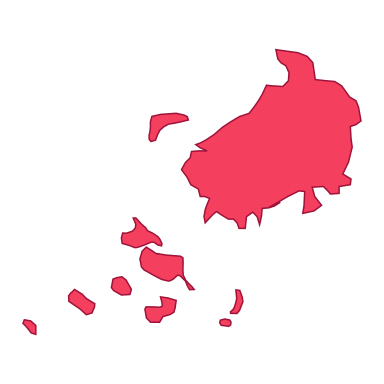 Jindo-gun, South Jeolla, South Korea (Mercator projection)
{"feature_id": "91817680B56099735913612", "entity_name": "Jindo-gun", "entity_type": "district", "adm_level": 2, "iso_a3": "KOR", "parent_name": "South Korea", "parent_adm1": "South Jeolla", "projection": "mercator", "projection_center": [126.119, 34.39], "detail": "fine", "context": "isolated", "style": "filled", "palette": "rose", "viewbox_px": 384, "rotation_deg": 0, "n_neighbors": 0, "source": "geoboundaries", "source_scale": "gbopen_adm2", "svg_char_len": 3039}
<svg xmlns="http://www.w3.org/2000/svg" viewBox="0 0 384 384"><path d="M341.6,85.8L334.7,81.5L326.6,80.8L315.3,79.6L312.8,62.7L307.2,56.4L297.8,52.7L279.6,50.2L275.9,49.6L277.8,58.9L280.9,62.7L285.9,65.8L289.0,72.7L288.4,80.8L282.8,86.5L271.5,85.8L266.5,85.2L262.1,94.6L258.4,100.8L254.0,107.1L249.0,113.4L239.6,116.5L230.2,122.1L222.7,127.1L214.0,134.6L206.5,139.6L200.8,142.8L195.8,144.6L200.2,147.8L207.1,150.9L198.3,150.9L191.5,151.5L190.2,157.8L185.8,162.1L184.6,164.0L181.5,169.6L187.1,177.2L190.8,184.7L198.3,189.0L200.2,196.5L204.6,196.5L209.6,198.4L206.5,205.9L205.2,209.7L204.0,216.6L205.2,222.8L212.7,214.7L216.5,211.6L222.1,215.3L228.4,219.1L233.4,219.1L237.1,222.8L239.0,228.4L245.2,228.4L246.5,216.6L252.8,212.2L257.1,216.6L259.6,224.7L261.5,215.9L262.1,208.4L269.0,207.8L274.6,205.9L280.3,202.2L268.4,207.8L287.8,196.5L299.0,190.9L304.7,191.5L304.0,205.9L302.8,213.4L314.1,210.9L321.6,205.3L314.7,196.5L312.2,187.2L323.4,186.5L328.4,191.5L330.3,194.0L339.1,193.4L339.1,186.5L350.3,184.7L351.0,179.0L342.8,174.0L348.5,162.1L352.2,147.1L351.0,138.4L350.3,126.5L356.0,124.6L361.0,120.9L358.5,107.1L356.0,100.8L349.7,97.1L341.6,85.8ZM152.2,250.9L146.3,247.1L142.2,251.2L139.9,258.9L141.4,266.8L144.0,269.9L147.5,271.8L153.1,275.0L161.5,279.4L168.6,281.1L170.5,280.6L173.1,279.2L177.6,275.2L180.1,275.8L185.4,281.0L187.3,285.7L189.5,289.7L194.2,289.5L191.9,286.6L189.2,284.0L185.7,280.3L183.2,275.1L182.9,270.2L183.1,262.4L182.9,257.8L180.4,256.2L165.5,255.0L156.8,253.5L158.6,254.0L156.8,254.0L152.2,250.9ZM152.7,233.2L147.5,230.7L145.8,227.9L141.4,224.0L135.8,217.9L133.2,218.1L134.2,220.4L135.8,224.3L135.3,228.1L132.4,231.2L126.5,233.2L122.7,233.0L121.4,237.9L122.2,243.5L125.3,244.3L130.4,245.8L134.5,247.6L136.3,247.6L139.4,246.8L142.2,245.8L146.8,244.0L151.1,242.2L154.0,242.2L157.8,245.0L161.6,245.8L161.9,243.5L159.8,239.1L157.8,236.6L152.7,233.2ZM155.5,140.2L157.8,134.1L160.1,130.0L163.9,126.7L168.6,124.1L173.9,123.3L178.8,122.3L184.2,121.0L188.3,120.0L187.3,116.7L184.2,115.1L176.2,113.3L160.6,114.4L151.9,116.4L150.4,121.8L150.4,127.7L149.9,132.0L149.1,135.1L149.1,139.2L150.9,141.5L155.5,140.2ZM175.5,304.9L176.2,300.4L167.7,297.9L160.5,296.9L161.9,302.2L162.4,306.1L159.8,307.2L152.6,306.9L146.0,306.9L144.9,309.2L146.4,317.9L150.5,322.2L159.6,322.3L162.9,316.6L170.1,314.5L173.9,312.2L175.2,307.7L175.5,304.9ZM92.0,312.9L94.5,307.0L94.8,303.7L90.9,301.4L86.1,298.3L82.2,294.2L74.5,289.4L71.7,292.4L71.2,292.4L68.6,295.8L68.9,301.4L80.2,309.1L86.3,314.7L92.0,312.9ZM129.9,294.5L131.4,289.4L126.0,279.9L121.9,276.8L117.1,277.6L113.0,279.1L111.4,287.6L113.7,290.6L121.4,295.0L129.9,294.5ZM239.5,310.5L242.9,301.8L242.3,297.4L241.1,294.0L239.8,290.4L235.9,289.9L236.7,298.7L235.7,303.0L234.6,306.6L233.1,309.5L230.5,311.8L230.6,313.3L236.9,313.5L239.5,310.5ZM35.8,325.5L30.7,320.9L24.3,319.8L23.0,323.4L25.9,326.2L31.2,332.9L35.8,334.4L35.8,325.5ZM230.6,325.0L231.0,322.0L229.7,320.0L224.7,319.0L220.3,320.2L219.7,322.7L221.1,325.3L228.7,326.3L230.6,325.0Z" fill="#f43f5e" stroke="#9f1239" stroke-width="1.5"/></svg>